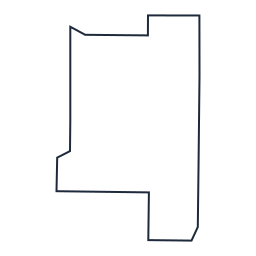 Lamar, Georgia, United States of America (Equal Earth projection)
{"feature_id": "52423323B62389899022657", "entity_name": "Lamar", "entity_type": "district", "adm_level": 2, "iso_a3": "USA", "parent_name": "United States of America", "parent_adm1": "Georgia", "projection": "equal_earth", "projection_center": [-84.155, 33.067], "detail": "fine", "context": "isolated", "style": "outline", "palette": "slate", "viewbox_px": 256, "rotation_deg": 0, "n_neighbors": 0, "source": "geoboundaries", "source_scale": "gbopen_adm2", "svg_char_len": 305}
<svg xmlns="http://www.w3.org/2000/svg" viewBox="0 0 256 256"><path d="M70.3,26.8L70.3,121.0L70.0,151.1L57.2,157.6L56.5,191.2L148.9,192.4L148.3,240.1L191.5,240.6L197.8,227.0L198.6,159.9L199.5,76.1L199.4,15.5L148.0,15.4L147.9,35.4L85.2,34.8L70.3,26.8Z" fill="none" stroke="#1e293b" stroke-width="2"/></svg>